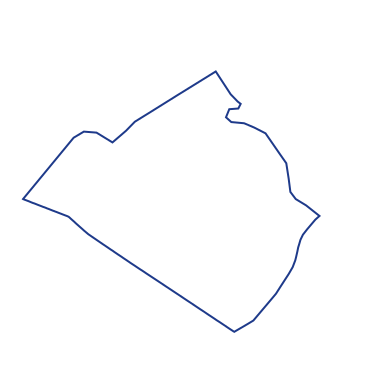 Adila, Eastern Darfur, Sudan, rotated 128°
{"feature_id": "16777658B87348298332109", "entity_name": "Adila", "entity_type": "district", "adm_level": 2, "iso_a3": "SDN", "parent_name": "Sudan", "parent_adm1": "Eastern Darfur", "projection": "mercator", "projection_center": [27.139, 11.428], "detail": "fine", "context": "isolated", "style": "outline", "palette": "blue", "viewbox_px": 384, "rotation_deg": 128, "n_neighbors": 0, "source": "geoboundaries", "source_scale": "gbopen_adm2", "svg_char_len": 1965}
<svg xmlns="http://www.w3.org/2000/svg" viewBox="0 0 384 384"><g transform="rotate(128 192 192)"><path d="M301.6,320.8L301.6,320.7L301.5,320.4L301.4,320.2L301.3,319.8L301.2,319.4L301.0,318.8L299.7,314.6L299.1,312.3L298.5,310.3L298.0,309.0L297.9,308.6L297.0,305.5L296.2,302.9L295.6,300.9L295.3,299.8L295.2,299.6L295.1,299.4L294.5,297.5L294.1,295.9L294.0,295.6L293.7,294.8L292.2,289.6L292.0,289.2L291.6,287.7L291.2,286.6L290.9,285.5L290.0,282.5L289.7,281.6L289.4,280.5L288.9,278.9L288.6,277.9L287.9,275.7L287.6,274.5L287.5,274.1L287.5,273.8L287.5,273.0L287.7,270.7L287.8,269.1L288.0,265.8L288.1,265.3L288.3,262.6L288.3,262.3L288.5,259.2L288.7,255.7L288.9,253.1L289.1,247.8L288.7,241.1L288.6,239.8L288.4,236.4L288.0,230.0L287.9,228.8L287.4,221.2L287.4,220.8L287.3,220.0L287.1,217.7L287.1,216.8L286.9,213.7L286.8,212.4L286.8,211.9L286.7,211.1L286.6,209.6L286.5,208.5L286.4,207.3L286.4,206.6L286.2,203.7L286.1,202.4L286.0,201.4L286.0,201.2L286.0,200.4L285.9,199.5L285.8,198.0L285.8,197.9L285.8,197.5L285.8,197.4L285.5,193.8L285.3,191.4L285.2,189.8L284.9,185.8L284.8,184.6L284.6,182.8L284.6,182.6L284.4,180.1L284.3,178.2L283.8,172.1L283.1,163.3L282.5,155.2L281.4,141.2L280.4,127.8L280.3,126.7L279.3,113.1L279.1,111.0L278.5,102.4L278.4,101.5L278.0,96.2L277.9,94.5L277.9,94.0L277.5,90.0L276.7,78.6L276.3,74.0L276.3,73.7L276.2,73.2L276.1,72.8L276.1,72.6L261.8,66.9L255.5,64.5L242.1,64.0L226.5,63.4L220.4,63.2L212.1,64.0L203.0,64.8L197.2,65.3L189.2,66.4L184.4,67.9L182.4,68.5L179.0,70.0L174.1,72.3L170.3,74.2L167.4,75.3L162.9,77.1L158.3,78.1L157.4,78.3L150.5,78.3L137.8,77.8L132.4,76.8L132.3,93.9L133.7,105.9L131.4,114.5L122.0,124.0L111.3,135.4L107.9,146.5L100.5,170.2L102.9,182.6L105.7,193.1L105.9,193.5L112.7,204.1L112.2,211.2L103.8,213.6L97.7,206.9L92.6,207.9L92.6,211.7L91.2,221.7L82.4,247.5L125.0,263.2L156.9,274.8L161.2,276.4L171.8,280.3L184.4,281.7L201.9,285.2L204.0,303.8L211.0,314.4L222.1,318.7L301.6,320.8Z" fill="none" stroke="#1e3a8a" stroke-width="2"/></g></svg>